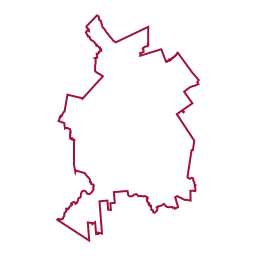 Los Ramones, Nuevo León, Mexico (Albers equal-area conic projection)
{"feature_id": "50627088B22007781023237", "entity_name": "Los Ramones", "entity_type": "district", "adm_level": 2, "iso_a3": "MEX", "parent_name": "Mexico", "parent_adm1": "Nuevo León", "projection": "albers", "projection_center": [-99.613, 25.654], "detail": "fine", "context": "isolated", "style": "outline", "palette": "rose", "viewbox_px": 256, "rotation_deg": 0, "n_neighbors": 0, "source": "geoboundaries", "source_scale": "gbopen_adm2", "svg_char_len": 5534}
<svg xmlns="http://www.w3.org/2000/svg" viewBox="0 0 256 256"><path d="M177.7,52.6L177.4,52.7L177.2,53.5L176.5,54.1L176.4,54.9L176.2,55.1L175.5,55.3L175.4,55.6L175.3,56.1L174.5,56.3L174.2,56.9L174.0,57.0L173.6,57.0L173.2,57.3L173.1,57.5L173.0,58.0L172.7,58.2L172.2,58.0L171.9,58.1L171.7,58.7L171.5,59.0L171.0,59.0L170.8,59.4L170.9,59.6L170.9,59.8L170.4,60.2L170.2,60.1L169.7,59.4L169.2,59.4L169.0,59.9L168.8,60.0L168.7,60.3L168.7,60.5L168.8,60.7L168.8,60.9L168.6,60.9L167.3,60.9L167.1,61.7L166.8,61.8L166.0,61.8L165.8,61.0L165.8,60.9L165.6,60.6L165.4,60.1L161.3,49.3L161.0,49.3L157.9,50.3L140.2,55.7L140.4,53.5L140.2,53.0L141.8,52.6L143.7,51.7L143.5,50.0L143.2,49.5L142.8,49.2L142.7,48.4L143.1,48.2L144.0,47.5L144.4,46.9L145.0,46.8L145.4,46.5L147.5,46.3L147.7,46.2L147.9,45.7L147.8,44.2L148.3,44.4L148.2,40.6L148.2,26.9L115.6,42.4L115.1,41.9L114.3,41.3L113.4,40.8L112.8,40.2L111.6,38.4L109.8,36.6L107.9,33.9L106.0,31.7L104.3,28.8L103.1,27.9L102.8,27.5L102.5,27.0L100.8,20.9L99.6,20.1L98.9,19.2L98.8,18.9L99.1,18.5L98.7,16.4L97.9,16.1L97.0,15.4L86.4,26.4L86.7,27.6L88.0,28.5L88.6,29.2L89.0,29.9L88.9,31.1L88.6,30.9L87.2,30.4L85.9,32.5L86.8,33.8L86.8,34.3L86.9,34.7L87.7,35.6L87.9,36.0L87.9,36.3L88.7,36.3L88.9,36.4L89.8,37.1L89.6,38.0L90.9,39.8L92.7,40.9L93.0,41.0L94.1,41.9L94.6,42.3L95.2,43.7L96.3,44.3L96.2,44.9L96.9,45.2L96.7,45.7L97.7,46.1L98.4,46.7L98.7,47.2L99.9,47.4L99.8,48.9L101.1,49.2L101.2,50.7L100.3,50.5L99.9,51.4L99.5,51.9L98.7,52.0L98.3,53.7L96.7,53.7L97.2,57.6L96.5,57.6L94.9,58.1L95.5,58.4L95.7,59.1L95.6,59.5L95.7,60.0L95.5,60.8L95.7,61.2L95.6,61.3L95.6,63.7L95.1,65.4L95.1,69.0L94.9,69.6L95.1,71.0L96.1,72.1L98.2,73.4L100.0,74.3L102.9,76.3L100.4,79.1L97.8,81.8L89.9,90.6L82.4,98.8L82.1,98.2L67.5,94.7L64.6,111.2L64.1,111.7L64.0,112.0L63.7,112.2L62.5,114.1L61.7,116.0L60.9,115.7L60.4,117.3L59.9,117.0L59.2,119.6L58.6,121.0L64.3,123.1L64.5,125.5L65.0,128.4L65.5,128.0L66.2,128.0L66.5,128.2L67.3,128.0L67.8,128.2L68.4,128.4L69.2,129.0L70.0,129.2L70.0,129.6L70.2,129.8L70.5,130.9L70.4,131.6L70.8,132.4L70.6,132.8L70.3,132.9L70.0,133.2L70.1,133.7L70.0,134.3L70.2,134.8L70.1,135.4L70.3,135.6L70.0,136.0L70.0,136.6L70.5,137.4L70.3,137.7L70.3,138.0L70.1,138.3L70.3,138.4L70.5,138.5L70.7,138.8L70.9,138.7L71.0,138.5L71.2,138.4L72.0,138.3L71.9,138.7L72.1,139.0L72.3,139.3L72.3,139.6L72.5,139.6L72.8,139.9L73.2,140.0L73.1,139.5L73.3,139.4L73.5,139.4L74.1,139.6L74.1,139.9L74.5,140.1L74.0,142.0L74.0,164.2L73.9,164.2L75.4,172.2L76.0,170.5L83.9,172.9L84.8,173.0L86.0,175.0L89.6,178.9L90.1,180.6L90.0,181.3L90.0,181.9L91.0,182.1L91.1,182.3L91.1,182.8L90.9,183.0L90.8,183.3L91.1,183.9L91.9,184.4L92.7,184.5L93.4,184.5L93.7,185.1L93.9,185.6L93.9,185.9L93.1,187.6L93.2,188.0L93.6,188.8L93.6,189.3L92.7,190.8L91.4,192.6L90.8,193.2L90.1,193.6L89.3,194.0L88.6,194.1L88.3,194.1L87.1,193.6L86.7,192.8L85.8,191.5L84.5,190.8L83.6,190.7L83.2,190.8L82.8,190.9L82.1,191.4L81.7,191.9L81.3,193.2L81.0,193.6L80.9,194.0L80.6,197.2L80.1,197.7L78.8,198.1L78.2,198.6L78.1,199.9L77.4,201.8L77.0,202.5L77.0,202.8L75.8,203.8L75.5,203.9L75.3,203.5L75.2,203.0L74.8,202.4L73.9,202.0L73.6,202.0L72.0,202.8L71.7,203.2L71.1,203.5L71.3,203.8L71.9,204.2L72.1,204.5L71.9,205.0L71.3,205.4L70.6,205.7L69.6,206.8L69.3,207.2L69.2,207.6L68.9,207.8L68.8,208.5L68.7,208.6L68.3,209.0L67.5,208.8L66.9,208.8L66.6,208.5L66.4,208.5L66.2,208.6L66.2,208.8L66.3,209.1L66.2,210.1L66.6,209.8L66.9,209.7L66.8,210.1L65.8,211.9L65.3,212.5L64.8,212.6L64.3,213.2L64.5,214.0L64.1,215.5L64.2,216.0L63.2,217.5L63.3,217.6L62.9,218.7L62.0,219.2L61.2,219.4L59.6,219.3L58.9,218.9L58.2,219.0L57.7,219.2L57.3,219.7L63.6,223.9L89.2,240.6L87.8,222.5L92.3,223.0L92.4,224.1L95.1,222.2L96.1,234.1L98.2,234.0L98.1,232.6L102.0,233.6L99.5,201.3L107.4,200.6L108.1,209.6L110.9,210.0L110.3,203.3L114.8,202.9L113.9,192.1L118.3,191.8L125.4,191.1L127.6,191.1L128.0,193.4L127.9,194.1L128.2,194.9L128.7,195.6L129.3,196.0L129.8,196.3L130.9,196.4L132.0,196.2L133.2,195.5L134.2,194.6L135.4,194.2L136.3,194.1L136.6,194.2L136.9,194.5L137.1,194.8L137.5,195.2L138.4,196.1L139.4,196.1L141.3,196.0L142.2,196.3L143.0,196.4L144.0,196.2L144.3,196.0L145.1,196.2L145.3,196.4L147.4,197.3L147.4,197.8L147.7,198.0L147.8,198.1L147.7,198.3L147.5,198.5L146.9,198.8L146.8,199.1L147.2,199.4L146.9,200.2L147.0,200.6L147.7,202.2L148.6,202.5L148.8,202.9L149.3,203.2L149.2,203.5L148.9,203.8L148.6,204.2L148.6,204.5L149.0,204.7L149.0,204.9L149.1,205.0L149.5,204.9L149.6,205.0L149.6,205.7L149.7,205.8L149.9,205.8L150.4,205.4L150.7,205.4L150.8,205.5L151.1,206.2L150.9,206.6L150.9,207.1L151.3,208.5L151.3,208.9L151.4,209.1L151.3,209.7L151.5,210.0L152.4,210.1L152.7,210.3L153.0,210.7L153.1,211.9L154.3,212.7L154.6,212.5L154.8,212.6L156.1,211.4L157.0,210.5L157.2,210.0L157.5,208.0L156.7,207.4L156.9,207.0L157.3,206.7L157.7,206.8L158.0,206.7L158.1,206.4L159.8,206.1L161.4,205.6L163.9,203.9L165.2,205.4L166.7,206.8L168.0,207.2L172.3,207.0L172.7,207.8L174.4,207.7L174.8,208.7L178.1,207.1L175.2,197.2L177.4,196.1L178.2,196.6L179.1,197.1L184.8,199.9L186.3,199.8L190.6,200.6L190.4,190.8L192.8,190.7L195.2,191.2L195.5,190.0L195.0,186.4L194.8,186.3L194.9,186.0L195.5,185.2L195.0,184.9L194.6,184.4L194.1,182.0L193.8,181.4L193.4,180.9L193.2,180.2L193.4,179.1L193.0,178.3L191.6,177.9L191.3,178.1L190.6,178.5L189.8,178.8L188.0,177.7L187.6,177.6L187.6,176.2L191.6,150.1L192.9,150.1L194.3,140.7L176.8,114.2L182.0,110.5L183.3,112.4L183.9,111.9L182.6,110.1L192.4,103.3L185.6,93.8L184.1,91.7L189.7,87.4L193.2,86.0L194.8,85.7L197.1,84.6L198.4,84.1L197.3,82.3L198.7,80.1L196.5,77.4L192.4,72.8L177.7,52.6Z" fill="none" stroke="#9f1239" stroke-width="2"/></svg>